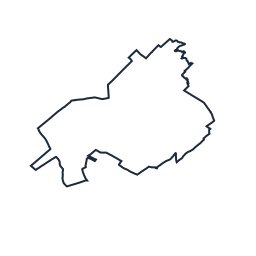 the district of Boghesti, Bacau, Romania, rotated 139°
{"feature_id": "2599482B44554474680390", "entity_name": "Boghesti", "entity_type": "district", "adm_level": 2, "iso_a3": "ROU", "parent_name": "Romania", "parent_adm1": "Bacau", "projection": "natural_earth1", "projection_center": [27.419, 46.16], "detail": "fine", "context": "isolated", "style": "outline", "palette": "slate", "viewbox_px": 256, "rotation_deg": 139, "n_neighbors": 0, "source": "geoboundaries", "source_scale": "gbopen_adm2", "svg_char_len": 5585}
<svg xmlns="http://www.w3.org/2000/svg" viewBox="0 0 256 256"><g transform="rotate(139 128 128)"><path d="M114.7,173.8L116.0,172.3L116.7,171.3L117.3,170.6L117.7,170.0L119.4,167.8L119.8,167.3L120.0,167.0L121.0,165.6L122.7,163.5L122.9,163.4L125.2,164.7L126.5,165.5L128.1,166.4L128.5,166.8L129.5,168.0L131.2,170.5L133.2,173.1L134.1,173.6L138.3,176.4L140.2,177.6L141.5,178.3L142.0,178.5L142.4,178.7L143.5,179.4L145.5,181.0L146.9,181.9L147.5,182.4L148.4,183.0L150.0,183.9L149.9,184.0L150.4,184.3L152.8,185.8L153.0,185.7L154.2,185.5L154.9,185.4L156.4,185.5L157.6,185.5L160.0,185.6L162.2,185.5L162.7,185.8L166.8,186.1L170.3,186.4L177.9,186.5L178.7,186.4L196.2,186.9L196.5,185.5L197.1,184.0L197.1,183.5L197.5,181.5L197.5,179.6L197.5,178.0L197.5,174.6L197.7,173.2L198.1,171.1L199.0,167.8L199.3,167.0L199.8,165.8L199.8,164.9L200.1,163.7L200.4,163.0L218.8,163.1L222.9,163.2L226.1,163.2L225.3,157.7L225.2,157.0L225.1,156.9L224.0,156.8L221.2,156.4L220.4,156.2L219.8,156.2L219.7,156.3L216.9,155.8L211.5,155.1L209.5,154.8L206.6,154.4L203.5,153.9L203.0,153.8L201.5,153.6L201.3,153.5L201.2,153.3L201.2,152.7L201.1,151.3L201.1,150.8L201.1,150.0L201.4,148.4L201.5,147.9L201.9,147.1L202.3,146.6L203.2,145.7L203.3,145.4L203.4,144.8L203.8,144.3L203.9,144.0L203.9,143.8L203.9,143.4L204.0,142.7L204.0,142.3L204.0,141.8L204.0,140.8L204.0,140.2L204.0,139.7L204.5,139.0L204.7,138.8L205.0,138.6L206.5,137.5L207.5,135.9L208.9,134.5L209.5,133.8L210.2,133.4L210.7,132.6L210.9,132.2L211.4,131.6L211.8,130.7L212.2,129.8L212.2,129.6L212.7,128.7L212.6,125.4L212.5,124.6L212.4,124.0L200.9,118.8L198.2,117.7L194.4,116.2L193.3,115.2L193.2,115.9L193.2,116.3L193.4,116.7L192.7,119.0L192.4,120.4L191.5,122.9L190.9,124.4L190.5,125.2L190.2,125.9L189.7,126.8L189.3,127.1L189.1,127.1L186.0,126.2L185.6,126.2L185.4,126.2L185.0,127.1L184.8,127.4L182.9,128.9L180.3,130.9L179.3,131.8L177.8,131.8L176.9,130.0L176.6,129.6L175.9,128.0L175.2,126.0L174.7,124.8L173.9,125.0L172.9,125.2L173.9,127.2L174.2,128.2L174.5,128.9L175.1,130.3L175.9,132.2L176.3,133.1L175.3,133.0L173.9,132.7L171.4,132.7L170.2,132.7L166.7,132.6L165.9,130.5L165.5,129.3L165.2,128.4L165.0,127.6L164.1,126.9L163.2,126.0L162.4,125.2L160.8,124.0L160.5,123.4L159.8,121.7L159.4,120.5L158.9,119.2L158.6,118.7L158.3,118.2L158.1,117.4L157.9,116.6L157.5,115.5L156.9,113.9L154.7,107.4L156.0,107.2L156.3,107.0L157.6,106.7L158.5,106.5L159.0,106.1L158.0,101.8L157.7,100.9L157.3,99.7L156.2,97.6L155.6,96.2L155.4,95.2L154.8,93.5L153.5,90.5L153.2,89.9L152.6,88.6L151.6,86.7L144.7,86.0L140.9,85.4L139.5,85.3L137.8,85.2L136.8,84.0L136.3,83.3L135.9,82.7L135.2,82.2L134.9,81.9L134.1,81.2L133.7,80.8L133.2,80.4L132.6,79.7L133.2,79.3L132.7,78.6L131.7,79.1L131.2,79.2L129.7,79.2L128.3,78.9L127.3,78.9L127.1,78.8L125.7,78.8L125.1,78.7L123.7,78.5L121.0,78.1L117.7,76.9L116.6,76.7L114.9,76.8L113.5,77.0L107.9,78.0L108.3,77.7L109.3,76.4L110.3,75.5L110.7,74.7L111.4,74.0L112.8,72.0L113.5,70.7L113.7,70.2L113.4,70.2L110.9,70.2L110.6,70.3L110.2,70.2L109.1,70.1L107.3,69.8L106.3,70.0L105.1,70.4L104.1,70.6L102.8,70.6L102.2,70.8L101.4,70.9L100.9,70.8L99.7,70.7L99.4,70.6L98.6,70.6L97.8,70.4L97.0,70.1L96.6,69.8L96.2,69.7L94.7,69.6L93.2,69.2L92.2,69.3L90.3,69.3L89.6,69.4L87.0,69.3L83.4,69.1L81.2,69.3L80.0,69.4L79.2,69.4L78.4,69.4L78.2,69.5L78.0,70.3L77.7,70.6L77.4,70.6L76.5,70.5L74.6,70.6L70.3,70.2L70.2,70.7L68.3,73.0L67.9,73.4L67.6,73.6L67.4,73.6L67.0,73.4L66.7,73.3L66.4,73.3L66.4,73.6L66.7,74.2L67.5,77.0L67.6,77.8L66.0,77.6L62.9,77.3L61.7,77.1L58.3,76.9L58.1,77.1L56.9,80.5L55.6,83.6L55.5,84.0L55.3,86.0L55.1,86.0L54.9,88.7L54.5,93.0L54.1,97.0L54.2,97.8L54.5,98.8L55.5,102.1L58.6,111.6L61.0,119.5L58.5,119.7L54.8,119.9L54.5,120.7L54.3,121.7L54.1,122.3L53.8,122.3L53.4,121.9L53.1,122.0L53.1,122.3L53.6,123.1L53.4,123.5L52.6,123.1L51.8,124.9L51.3,125.1L51.2,125.7L52.2,126.1L52.1,126.7L51.2,126.6L51.1,127.1L51.8,127.5L52.2,127.9L52.4,128.2L52.6,130.1L52.4,130.5L52.8,131.3L52.8,131.7L52.7,131.8L52.4,132.0L52.3,132.3L52.4,132.5L52.1,132.7L47.9,132.9L47.9,133.9L46.6,133.9L46.1,133.8L45.3,133.9L43.0,133.9L41.3,134.3L38.1,134.5L37.1,134.5L37.2,134.9L37.6,135.2L38.2,135.3L38.4,135.5L38.5,135.7L38.4,135.9L38.3,136.0L38.5,136.1L39.4,136.4L40.1,136.5L39.1,139.5L39.4,140.0L39.3,140.8L39.0,141.3L38.6,141.7L38.5,141.9L38.5,142.2L38.8,143.2L39.0,143.5L39.8,144.1L40.2,144.5L40.3,144.6L40.8,144.6L41.3,144.8L41.7,145.1L41.9,145.4L41.5,145.5L40.1,145.6L40.1,145.8L40.2,146.5L37.7,147.3L37.6,147.5L37.4,147.7L36.4,147.8L35.7,147.4L35.4,147.6L35.4,148.0L35.4,148.8L35.5,149.2L35.6,149.4L35.8,149.6L36.0,149.6L36.4,149.6L37.1,149.8L37.4,149.9L37.4,150.1L37.2,150.4L37.2,150.5L37.7,151.2L38.1,151.8L38.6,152.4L39.1,153.0L39.2,153.3L39.2,153.7L39.2,154.2L39.2,154.7L39.3,154.7L40.6,154.7L40.7,154.2L40.9,154.1L41.4,154.5L42.0,155.0L42.1,155.3L42.0,155.5L41.9,155.6L41.7,155.6L41.4,155.7L40.8,155.6L40.1,155.3L39.7,155.3L39.3,155.4L38.9,155.7L38.1,155.9L37.3,156.0L36.0,156.0L35.5,155.9L34.6,155.7L32.8,154.8L32.3,154.7L31.5,154.6L31.3,154.5L31.1,154.3L30.6,153.9L30.1,153.9L30.0,154.0L29.9,154.1L30.0,154.4L30.1,154.6L31.0,155.9L31.4,157.0L31.5,157.3L31.7,157.7L32.7,158.7L32.9,158.8L33.4,159.9L33.6,160.2L33.8,160.4L33.8,160.8L33.8,161.0L33.7,161.5L33.9,162.0L34.4,162.6L34.8,162.9L35.0,163.0L35.8,163.1L36.0,163.2L36.9,163.3L37.2,163.4L37.9,164.0L37.6,165.1L37.5,165.4L37.7,165.9L37.8,167.0L37.9,167.4L38.1,167.7L45.2,167.6L50.1,167.6L50.2,167.8L50.7,170.5L58.1,169.9L59.1,169.8L59.5,169.6L60.0,169.6L61.0,169.7L68.7,168.8L69.4,172.1L70.3,175.6L70.5,181.2L77.4,180.9L81.3,180.6L81.1,179.8L80.9,177.3L81.2,176.0L93.6,175.2L109.1,174.0L114.7,173.8Z" fill="none" stroke="#1e293b" stroke-width="2"/></g></svg>